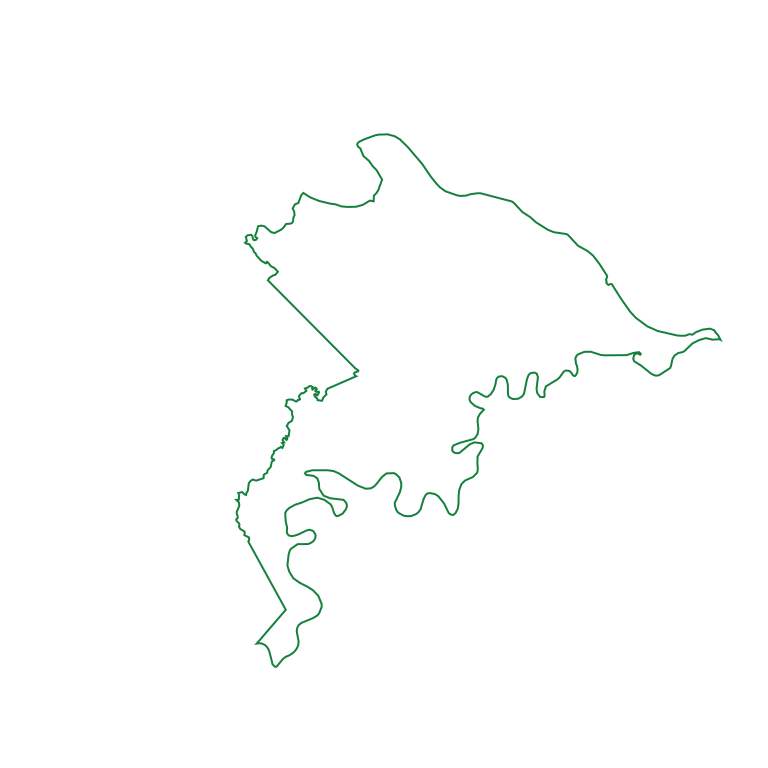 the district of Puerto Cortes, Cortés, Honduras, rotated 46°
{"feature_id": "27666195B79582673708274", "entity_name": "Puerto Cortes", "entity_type": "district", "adm_level": 2, "iso_a3": "HND", "parent_name": "Honduras", "parent_adm1": "Cortés", "projection": "mercator", "projection_center": [-87.847, 15.757], "detail": "fine", "context": "isolated", "style": "outline", "palette": "green", "viewbox_px": 768, "rotation_deg": 46, "n_neighbors": 0, "source": "geoboundaries", "source_scale": "gbopen_adm2", "svg_char_len": 6165}
<svg xmlns="http://www.w3.org/2000/svg" viewBox="0 0 768 768"><g transform="rotate(46 384 384)"><path d="M585.8,111.2L580.7,109.7L577.5,109.8L574.9,109.1L570.7,111.0L566.2,117.0L563.4,123.6L562.8,127.8L560.2,129.8L558.6,133.6L556.1,136.4L552.9,139.3L536.0,150.3L525.3,154.6L511.3,156.9L503.0,156.7L487.4,154.3L470.5,150.8L469.5,151.4L468.6,153.8L466.9,153.9L465.4,153.6L465.0,152.7L463.3,152.0L461.9,149.0L460.8,148.3L448.0,145.7L436.6,144.4L429.9,145.2L419.2,148.4L404.2,148.1L402.4,149.0L392.9,156.3L386.9,159.0L373.0,162.4L365.5,162.9L356.5,165.0L343.4,164.8L341.4,165.3L314.1,181.9L311.8,184.2L307.7,189.7L305.4,194.2L302.1,198.1L298.9,200.5L288.1,205.9L281.7,207.1L276.6,207.1L267.5,206.3L252.5,203.7L229.8,202.3L219.1,202.6L213.2,204.2L206.9,208.0L200.9,214.6L198.9,217.8L194.3,228.2L192.5,233.6L192.5,235.9L193.4,237.2L195.5,237.8L198.1,237.4L205.9,240.5L213.0,239.8L219.5,240.8L225.0,240.8L235.7,243.4L240.6,253.5L241.4,256.8L241.5,260.5L245.4,264.6L242.3,266.7L240.4,274.8L237.0,281.1L231.2,287.3L226.6,291.3L220.8,294.2L217.8,296.8L207.3,303.5L198.5,307.4L190.5,309.3L190.7,312.4L194.3,319.9L192.9,323.2L194.2,327.7L197.5,328.8L200.3,330.9L201.5,333.8L203.9,336.5L204.3,338.4L203.5,340.2L200.9,343.2L201.7,348.4L201.5,351.1L199.3,358.0L196.3,359.7L187.6,360.4L185.1,362.0L183.5,364.2L183.1,365.1L186.3,370.3L187.6,373.4L188.8,374.3L191.0,373.9L191.4,375.6L190.8,377.1L189.4,377.8L185.9,375.8L184.2,376.0L182.3,378.9L182.2,381.1L186.0,383.4L185.9,385.8L187.1,385.7L190.1,383.7L193.0,384.5L195.3,384.3L199.0,385.9L200.5,385.6L203.4,386.5L210.0,386.7L215.1,385.3L215.3,384.8L214.7,383.6L215.4,383.0L220.7,383.5L224.7,382.2L229.6,382.4L229.9,386.4L228.9,388.3L228.0,392.6L228.8,395.5L352.6,393.8L356.5,393.1L356.9,393.8L355.4,397.1L355.5,398.3L357.7,399.0L359.1,398.6L348.1,428.1L349.2,431.3L351.5,432.6L351.5,436.6L353.0,440.3L349.5,443.0L348.2,442.1L345.7,442.5L344.2,442.1L343.1,441.5L343.2,440.6L344.1,440.0L345.6,440.2L345.9,439.6L345.0,436.6L344.2,436.3L343.0,437.9L341.4,438.4L340.9,437.8L341.2,436.1L339.9,435.6L338.7,436.1L338.3,439.3L337.4,439.0L336.5,437.4L334.4,438.2L333.7,439.2L333.5,441.8L332.3,444.0L335.0,444.6L334.6,448.3L333.3,449.8L333.4,452.5L333.7,453.7L336.6,455.0L336.6,455.9L335.6,457.0L336.0,458.7L335.1,459.7L331.8,460.6L328.9,463.4L328.1,465.4L329.6,466.6L331.5,470.0L334.3,469.0L340.1,469.2L341.6,471.1L344.4,472.4L346.5,475.7L345.7,479.8L346.7,483.1L351.7,484.2L355.3,488.9L353.5,490.6L355.9,491.3L356.6,492.3L356.4,493.1L353.7,492.9L353.1,493.6L353.8,495.9L356.7,496.4L355.6,498.3L358.1,498.4L359.4,501.4L357.5,501.9L357.6,503.5L356.9,504.2L356.6,507.6L355.7,509.7L357.2,511.2L357.9,514.4L358.9,516.1L360.0,516.6L361.6,515.6L362.5,515.9L361.9,518.7L365.0,523.2L365.2,527.6L366.7,529.6L365.7,533.4L368.1,536.1L364.7,543.1L361.6,544.7L361.0,547.2L361.4,550.1L366.2,556.0L366.7,558.5L368.0,560.2L366.5,561.0L363.2,561.1L361.2,564.6L363.5,565.6L366.4,568.9L364.8,570.7L368.6,570.7L371.1,572.7L373.7,578.8L375.6,580.4L377.6,581.1L378.7,582.5L378.7,584.3L379.9,585.2L383.8,585.1L385.0,585.9L385.8,587.4L388.5,588.1L393.1,586.9L394.3,587.5L395.7,589.5L400.7,587.7L402.8,589.7L403.1,591.1L478.2,611.5L482.3,655.9L483.8,653.8L485.8,652.2L488.6,651.1L491.3,650.8L494.3,651.3L497.5,652.7L508.3,658.9L511.5,658.9L512.7,657.8L511.6,647.9L512.0,644.1L513.4,640.6L514.2,636.6L514.2,633.1L513.5,629.9L512.1,626.8L509.9,624.3L501.3,618.6L499.2,615.9L498.2,613.2L498.4,609.6L503.1,597.6L504.2,592.8L503.9,590.0L501.0,583.6L498.8,581.6L490.8,578.4L482.8,578.4L476.9,579.8L468.7,582.7L460.7,584.2L453.2,582.5L447.5,579.6L440.6,571.3L438.6,568.0L437.9,565.5L439.2,557.4L446.5,549.7L447.7,546.2L448.0,543.5L447.3,541.0L445.8,538.7L444.1,537.7L440.4,537.1L437.1,538.8L435.5,541.6L432.8,549.9L430.9,553.8L429.2,556.3L426.8,557.7L424.9,557.7L422.9,556.7L420.0,553.5L414.2,549.9L408.2,544.7L407.4,542.3L407.3,538.5L409.1,531.8L412.1,525.7L415.2,517.5L419.6,510.8L425.8,507.4L433.5,506.0L436.4,506.7L442.0,509.5L444.7,510.1L446.1,509.9L447.4,507.8L448.5,503.7L447.7,498.8L446.7,496.3L445.6,495.0L443.2,493.7L439.2,493.6L428.7,502.2L422.4,505.0L414.4,503.4L409.6,499.3L405.6,497.5L401.1,498.5L395.6,503.0L393.4,503.0L393.0,501.2L396.2,495.6L407.0,484.4L411.5,480.8L416.8,478.6L438.9,473.4L446.8,469.8L449.9,465.9L450.7,462.9L450.8,459.8L449.5,450.2L450.0,444.4L455.1,438.7L457.7,437.9L462.0,437.9L467.2,440.4L470.0,443.1L472.9,447.8L477.0,458.9L479.2,460.7L482.6,462.4L484.7,463.1L487.1,463.0L492.5,461.3L495.3,459.1L497.9,456.2L500.0,450.9L500.1,447.9L499.5,444.7L494.3,435.5L492.9,431.5L492.8,429.0L494.3,426.8L498.6,423.8L502.6,422.9L511.7,423.8L521.9,427.1L524.7,426.5L526.4,425.0L526.5,422.1L525.0,417.7L522.0,413.7L515.8,407.5L512.2,403.0L509.8,397.7L509.7,392.8L512.7,384.6L512.5,378.5L510.3,375.5L506.3,372.3L501.2,367.1L498.6,357.8L497.8,356.4L496.3,355.2L494.2,355.1L488.8,359.5L487.0,364.0L486.0,377.5L484.7,379.4L482.9,380.8L480.8,381.4L479.1,381.0L476.9,378.7L476.5,376.6L479.0,370.3L485.8,357.9L486.0,355.3L485.1,351.5L482.0,347.4L475.6,342.4L473.3,339.5L472.2,336.1L471.8,330.0L470.4,330.1L468.1,331.6L462.9,333.8L457.1,334.3L454.8,333.4L453.0,331.5L452.2,329.3L452.3,326.7L453.3,324.1L454.5,322.6L462.7,320.2L464.4,319.2L465.2,318.0L465.5,314.1L464.3,309.0L461.7,304.1L458.9,300.3L458.2,298.3L458.4,296.2L460.4,293.6L463.8,292.4L466.4,292.9L470.9,295.7L477.4,301.9L479.7,303.0L481.9,302.8L484.4,301.7L487.8,297.8L488.9,293.5L488.3,290.1L479.8,277.7L478.0,273.9L478.0,271.0L480.2,267.9L482.6,266.9L486.0,268.5L493.4,277.6L496.8,280.0L501.7,280.7L504.4,278.2L504.2,276.8L500.6,273.7L498.2,269.2L501.1,256.2L501.3,253.6L500.0,246.4L500.2,244.6L501.2,243.2L503.5,241.5L507.0,241.5L508.0,242.0L510.4,241.7L510.9,241.1L510.9,239.7L510.0,236.9L507.9,234.6L504.7,232.4L502.8,231.8L498.4,228.5L497.5,225.9L497.5,223.7L500.0,217.6L504.4,212.9L514.1,207.6L516.9,205.1L531.8,189.4L534.8,183.2L538.1,178.5L540.6,178.3L540.9,179.4L537.4,180.7L537.0,184.0L538.9,187.1L541.4,188.3L549.3,186.3L562.6,184.6L566.2,183.1L568.0,181.4L568.9,179.5L571.3,167.0L570.3,164.9L566.2,158.7L565.4,155.2L566.1,150.9L568.5,147.0L569.0,145.2L569.1,133.8L571.4,126.6L574.6,120.6L580.3,116.9L584.9,111.5L585.8,111.2Z" fill="none" stroke="#15803d" stroke-width="2"/></g></svg>